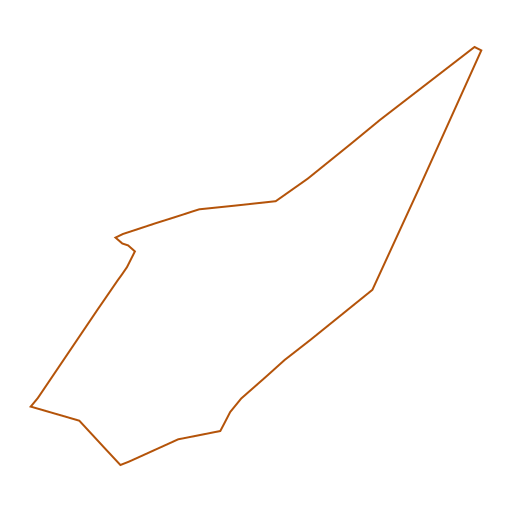 Retirolândia, Bahia, Brazil (orthographic projection)
{"feature_id": "56859067B68715919074839", "entity_name": "Retirolândia", "entity_type": "district", "adm_level": 2, "iso_a3": "BRA", "parent_name": "Brazil", "parent_adm1": "Bahia", "projection": "orthographic", "projection_center": [-39.434, -11.487], "detail": "fine", "context": "isolated", "style": "outline", "palette": "amber", "viewbox_px": 512, "rotation_deg": 0, "n_neighbors": 0, "source": "geoboundaries", "source_scale": "gbopen_adm2", "svg_char_len": 623}
<svg xmlns="http://www.w3.org/2000/svg" viewBox="0 0 512 512"><path d="M481.3,50.4L474.5,47.0L380.0,119.9L351.9,143.0L307.8,178.6L275.7,201.2L235.2,205.6L208.1,208.4L199.3,209.3L192.0,211.6L177.9,216.2L162.7,221.0L155.4,223.3L122.9,234.0L115.5,237.6L122.3,243.5L128.1,245.4L134.9,251.4L127.0,267.1L122.0,274.4L117.7,280.3L101.5,303.9L98.1,308.8L41.3,392.9L37.7,398.2L30.7,406.6L79.3,420.7L106.3,449.9L120.4,465.0L128.8,461.7L178.2,439.3L220.3,431.0L224.1,423.8L230.2,412.0L241.2,398.5L265.9,376.8L284.7,359.9L310.5,339.8L372.4,289.8L418.6,189.3L443.9,133.3L481.3,50.4Z" fill="none" stroke="#b45309" stroke-width="2"/></svg>